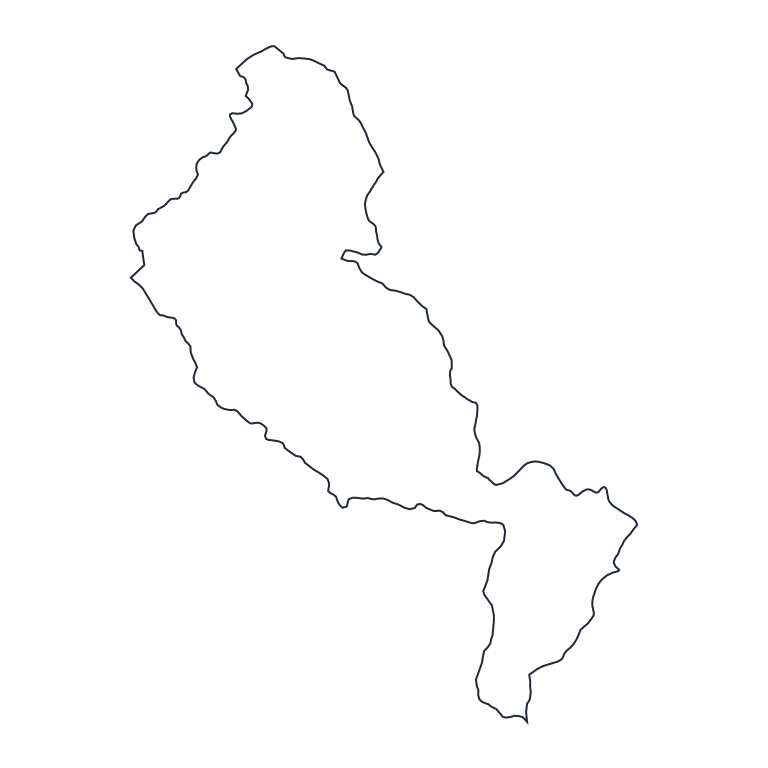 the district of Nanong, Tashigang, Bhutan
{"feature_id": "84629894B55544402274944", "entity_name": "Nanong", "entity_type": "district", "adm_level": 2, "iso_a3": "BTN", "parent_name": "Bhutan", "parent_adm1": "Tashigang", "projection": "mercator", "projection_center": [91.483, 27.098], "detail": "fine", "context": "isolated", "style": "outline", "palette": "slate", "viewbox_px": 768, "rotation_deg": 0, "n_neighbors": 0, "source": "geoboundaries", "source_scale": "gbopen_adm2", "svg_char_len": 6079}
<svg xmlns="http://www.w3.org/2000/svg" viewBox="0 0 768 768"><path d="M527.1,721.9L526.1,712.1L527.0,704.0L529.7,699.7L530.8,692.0L530.1,685.9L530.3,682.3L529.2,674.8L532.2,672.6L537.2,669.0L543.2,666.0L558.1,661.4L561.7,659.2L563.2,656.6L563.9,654.3L566.6,650.7L570.1,647.8L573.8,643.9L576.9,638.7L580.6,629.9L583.5,627.1L588.0,623.3L591.1,619.3L593.6,615.4L593.9,612.9L592.5,606.5L592.3,605.0L592.4,601.2L592.6,599.5L593.3,596.8L594.2,594.0L595.9,589.0L598.5,583.7L602.1,579.3L607.2,575.2L612.5,572.8L618.4,571.1L619.2,569.8L615.5,566.5L613.8,562.9L614.0,560.8L615.5,557.5L618.1,554.1L619.9,548.7L622.1,545.3L624.1,540.8L626.2,538.3L628.4,535.8L630.3,533.9L633.2,529.7L637.1,525.0L636.0,521.4L634.5,519.8L631.9,517.6L628.1,515.2L624.4,513.3L621.4,511.3L613.6,506.2L611.4,504.3L608.8,500.7L608.2,498.7L607.2,493.0L606.9,490.5L605.8,488.1L604.9,487.2L602.9,487.4L601.0,488.9L599.3,491.1L597.6,492.6L595.6,492.5L592.2,490.6L590.3,489.7L588.2,489.3L586.2,489.6L582.9,491.3L580.1,493.4L579.3,494.3L577.9,495.1L576.6,495.7L574.6,495.3L571.8,492.1L569.8,490.6L566.4,489.8L564.8,488.0L562.2,484.3L558.7,478.8L555.6,473.3L553.6,468.8L549.5,465.2L543.9,463.1L539.2,461.9L535.4,461.4L531.2,462.0L527.2,463.2L523.7,465.9L514.1,475.8L510.6,478.4L503.5,482.8L501.5,483.7L499.9,483.9L498.4,484.4L496.0,485.0L493.1,483.3L492.1,482.1L489.3,479.8L488.0,478.1L486.2,477.4L482.7,475.5L479.7,472.8L477.0,471.1L476.7,469.5L478.5,459.2L479.4,455.2L479.8,451.3L479.7,447.2L479.2,443.2L475.9,436.8L474.5,431.4L474.4,428.5L475.5,423.7L476.2,419.0L477.0,416.0L477.5,408.5L477.4,405.7L475.9,402.8L473.5,402.2L472.2,402.1L470.0,400.5L467.8,399.5L464.3,396.9L462.1,395.7L456.8,390.9L455.0,388.8L452.9,387.6L451.4,385.9L450.8,383.9L450.5,382.0L450.7,380.6L450.4,378.8L450.3,377.5L449.8,375.7L450.1,373.8L450.1,372.2L450.3,370.9L450.8,369.7L451.8,368.3L451.6,360.2L450.6,357.6L447.5,351.1L444.0,345.5L443.5,340.7L442.2,336.1L438.3,330.2L432.0,324.8L428.8,321.5L427.1,313.5L426.4,309.0L422.1,306.1L417.1,301.1L413.5,297.0L409.3,294.6L405.8,294.0L400.6,292.1L396.0,290.8L389.7,289.8L386.1,287.7L382.3,283.4L378.1,281.8L373.0,279.3L368.5,276.6L365.5,275.0L361.9,272.3L359.3,268.0L357.5,263.1L354.5,261.3L347.6,260.9L341.4,258.6L343.9,253.1L346.0,250.3L350.1,250.6L357.0,252.3L362.2,254.5L365.6,254.8L370.6,253.9L375.4,254.7L377.7,253.1L381.5,247.4L380.4,245.6L378.8,243.6L377.8,240.7L376.8,234.4L376.1,231.6L375.9,228.3L375.6,226.5L374.2,224.8L373.2,223.8L370.8,222.2L369.1,220.7L368.0,218.8L366.6,214.2L366.2,212.6L365.7,210.4L365.2,206.1L364.9,204.8L365.0,203.4L365.8,199.7L367.0,196.0L367.9,194.4L370.5,190.8L371.3,188.9L372.5,187.4L374.3,184.2L375.5,182.9L376.5,181.1L377.4,179.2L380.2,175.6L383.5,171.8L380.6,166.1L379.4,162.8L378.8,159.6L377.2,156.0L375.1,151.8L372.9,148.6L369.1,142.2L366.6,135.3L366.0,133.1L363.4,128.4L360.6,122.6L358.9,120.3L354.4,116.2L353.3,113.5L352.2,106.6L349.9,100.9L347.8,90.7L346.9,89.1L345.8,87.7L340.7,83.9L339.6,82.2L334.6,71.7L327.2,69.5L324.1,65.5L321.2,64.4L314.9,61.2L309.9,59.2L304.5,58.5L298.4,58.1L291.9,59.0L285.3,57.3L284.3,56.0L283.4,53.7L281.0,51.6L274.7,46.4L272.1,46.1L268.9,47.3L265.6,48.9L261.4,51.4L253.8,54.7L246.6,59.3L238.8,66.6L236.2,68.9L238.3,72.9L240.1,76.0L243.8,77.2L245.7,79.6L246.1,82.8L247.7,85.9L248.2,89.5L245.7,95.9L248.3,98.3L252.2,103.5L252.1,105.8L251.0,107.4L248.4,109.5L245.3,111.6L241.5,113.4L237.2,113.8L232.2,113.2L230.0,114.5L230.1,116.7L230.9,118.5L233.4,122.9L234.9,126.4L236.0,129.2L235.6,130.9L233.1,133.8L230.9,135.9L229.3,138.2L226.5,142.9L223.5,146.2L221.1,150.3L220.4,152.0L218.1,153.4L216.4,153.6L210.5,152.5L209.0,153.5L207.6,154.9L205.1,156.6L203.1,157.1L199.5,159.6L197.2,162.8L196.6,164.6L196.2,167.9L196.6,170.9L198.0,174.6L196.2,178.1L192.2,183.5L189.0,189.0L187.7,190.9L186.1,192.1L183.3,192.6L180.9,193.7L180.2,196.2L179.1,198.0L177.6,198.7L172.3,198.8L170.3,199.5L168.1,201.7L165.6,204.6L164.0,206.0L158.0,209.2L156.5,211.5L154.3,212.9L148.1,214.0L145.1,216.9L142.1,221.3L139.6,223.0L135.8,225.4L133.4,230.5L134.3,238.0L136.3,244.1L138.6,246.9L139.6,250.3L142.4,251.0L143.0,256.6L144.3,265.1L130.9,277.7L134.5,281.5L139.6,285.2L142.6,288.3L149.7,299.8L156.0,310.7L158.8,314.2L159.9,315.1L163.4,315.5L167.4,317.1L171.8,317.7L174.5,318.4L176.1,320.4L176.1,323.5L176.8,325.5L179.4,327.9L180.8,330.0L181.7,334.1L183.7,337.2L185.7,341.2L187.7,343.0L190.4,346.2L190.7,352.5L191.5,354.4L193.1,358.8L195.4,362.9L197.1,367.3L196.0,369.7L194.6,373.4L193.6,377.8L194.5,382.6L197.6,385.3L204.6,389.1L208.3,393.6L210.6,395.3L213.3,397.0L215.9,401.1L217.3,404.6L220.6,407.3L224.3,409.0L230.0,410.1L234.1,409.8L237.1,411.0L241.8,416.4L244.5,418.8L248.5,422.2L251.2,423.6L256.1,422.8L259.1,422.8L261.4,423.9L263.8,425.6L266.5,428.3L266.4,431.4L265.0,435.5L266.0,438.9L268.7,439.9L275.1,440.7L278.8,441.4L282.6,443.0L284.3,446.2L284.6,447.8L289.1,451.3L295.8,455.9L300.5,456.7L303.2,459.6L304.9,462.7L313.6,469.5L318.9,472.6L323.7,475.8L326.5,478.2L327.6,479.2L328.8,482.3L329.1,486.0L328.5,488.4L328.2,491.1L330.3,493.1L333.5,494.6L336.1,496.8L337.4,500.9L339.4,504.7L342.6,507.8L346.8,506.5L347.8,502.0L348.9,499.1L352.9,497.7L356.4,497.8L362.1,498.5L365.1,498.5L367.5,497.9L370.6,498.8L374.1,499.4L377.2,498.7L383.0,498.4L387.3,499.8L392.4,502.6L398.5,504.6L404.6,507.8L409.9,509.2L414.9,507.9L417.0,504.6L420.1,503.9L423.1,505.2L426.4,508.0L431.2,510.0L434.2,511.1L439.6,510.6L442.7,512.1L445.7,515.2L453.8,517.3L458.5,519.1L472.1,523.2L475.0,523.0L479.5,521.3L484.0,520.7L487.3,522.1L490.5,522.6L496.3,522.5L499.1,522.9L501.2,523.5L503.4,525.0L505.2,531.5L504.0,540.8L500.8,546.3L495.1,551.9L492.6,557.6L491.6,562.6L489.1,569.3L487.5,580.1L485.8,584.8L483.2,591.1L484.3,594.8L487.1,598.6L490.0,602.8L491.9,605.2L493.9,615.4L493.9,620.9L492.5,635.4L490.9,640.0L490.4,643.3L487.6,647.5L484.2,650.9L483.0,656.1L482.0,662.8L476.0,679.4L476.4,682.9L476.8,686.0L478.4,690.2L478.2,695.0L479.2,698.8L480.4,700.4L482.3,701.9L485.6,703.4L488.2,704.1L491.1,706.5L496.2,709.0L501.0,714.5L502.7,716.8L505.9,717.6L510.3,717.0L514.5,715.8L518.8,716.1L522.6,717.1L525.0,719.4L527.1,721.9Z" fill="none" stroke="#1e293b" stroke-width="2"/></svg>